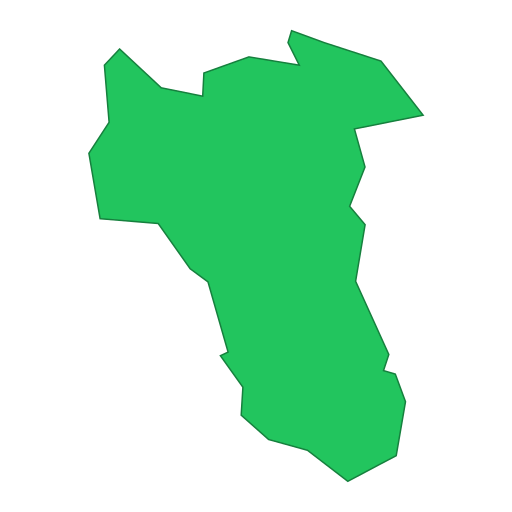 Mundri West, Western Equatoria, South Sudan
{"feature_id": "79223893B75409904988016", "entity_name": "Mundri West", "entity_type": "district", "adm_level": 2, "iso_a3": "SSD", "parent_name": "South Sudan", "parent_adm1": "Western Equatoria", "projection": "albers", "projection_center": [30.244, 5.152], "detail": "fine", "context": "isolated", "style": "filled", "palette": "green", "viewbox_px": 512, "rotation_deg": 0, "n_neighbors": 0, "source": "geoboundaries", "source_scale": "gbopen_adm2", "svg_char_len": 576}
<svg xmlns="http://www.w3.org/2000/svg" viewBox="0 0 512 512"><path d="M396.0,455.8L396.2,455.7L405.5,401.7L395.3,374.1L383.5,370.6L388.8,354.5L355.6,281.3L365.1,224.7L349.6,206.3L365.0,167.0L354.4,128.9L423.1,115.2L381.0,61.1L324.1,42.6L291.6,30.7L288.0,42.6L299.3,65.2L248.9,56.9L203.9,73.0L202.7,96.2L161.2,87.8L119.6,49.0L104.4,65.2L109.1,122.3L88.9,153.3L100.1,218.7L158.2,223.5L190.2,268.8L208.0,281.9L228.1,352.1L220.4,355.7L242.9,387.2L241.2,415.2L268.6,439.5L307.5,450.3L347.8,481.3L378.3,465.1L396.0,455.8Z" fill="#22c55e" stroke="#15803d" stroke-width="1.5"/></svg>